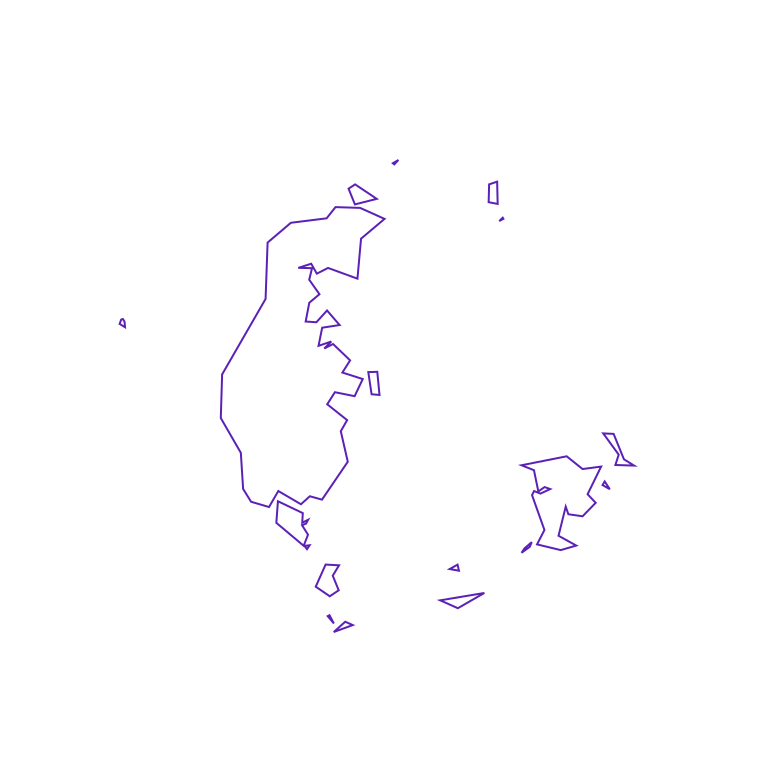 Mornington, Queensland, Australia, rotated 306°
{"feature_id": "25037944B95382354250521", "entity_name": "Mornington", "entity_type": "district", "adm_level": 2, "iso_a3": "AUS", "parent_name": "Australia", "parent_adm1": "Queensland", "projection": "mercator", "projection_center": [139.442, -16.684], "detail": "medium", "context": "isolated", "style": "outline", "palette": "violet", "viewbox_px": 768, "rotation_deg": 306, "n_neighbors": 0, "source": "geoboundaries", "source_scale": "gbopen_adm2", "svg_char_len": 1983}
<svg xmlns="http://www.w3.org/2000/svg" viewBox="0 0 768 768"><g transform="rotate(306 384 384)"><path d="M235.3,361.4L237.9,387.5L249.6,390.0L254.0,401.8L299.8,400.4L320.4,376.8L333.1,375.4L334.2,350.0L348.5,349.1L356.9,367.4L375.5,363.9L368.8,343.6L383.2,342.7L386.4,319.3L377.6,314.8L387.4,316.4L376.4,308.6L393.2,300.9L405.6,313.4L410.0,294.7L394.2,293.0L388.5,283.9L405.8,275.8L418.7,279.0L424.4,262.2L435.4,257.7L427.6,246.4L438.5,254.4L433.8,264.8L445.0,270.5L453.6,300.6L488.1,280.0L517.9,287.4L512.4,261.1L498.6,240.8L484.3,240.2L459.7,213.9L430.0,206.7L383.2,238.2L296.6,247.4L260.5,272.0L244.2,308.6L216.3,331.7L210.6,345.7L216.9,363.3L235.3,361.4ZM393.7,622.4L412.3,625.1L414.5,613.5L444.8,608.2L431.9,594.6L432.9,574.3L399.1,543.0L402.4,556.0L387.8,572.0L395.0,574.5L396.7,580.2L387.3,575.0L385.6,568.3L381.1,569.1L360.2,599.6L344.2,602.1L353.5,624.6L366.3,634.5L363.8,614.4L391.6,603.1L387.0,609.7L393.7,622.4ZM231.8,394.2L226.8,367.1L208.4,378.5L205.9,414.1L217.4,411.1L221.6,400.7L225.3,403.0L229.6,402.4L223.7,399.4L231.8,394.2ZM203.6,442.9L179.9,447.9L180.4,464.9L190.5,468.6L198.8,455.2L210.9,454.2L203.6,442.9ZM512.2,254.9L529.5,269.3L528.5,243.3L521.2,240.5L512.2,254.9ZM454.5,618.8L465.0,634.3L464.1,622.4L478.6,599.1L472.9,590.4L464.8,615.4L454.5,618.8ZM273.9,588.0L242.0,556.6L246.0,575.5L273.9,588.0ZM384.4,364.3L368.4,380.0L372.5,386.8L389.9,371.4L384.4,364.3ZM607.3,351.7L592.6,361.8L596.5,370.1L614.2,356.6L607.3,351.7ZM168.9,492.4L153.8,489.1L170.6,500.4L168.9,492.4ZM272.9,545.9L277.0,554.4L281.1,549.7L272.9,545.9ZM160.8,484.2L164.9,475.8L163.1,474.9L160.8,484.2ZM430.7,620.2L431.6,628.5L434.9,619.8L430.7,620.2ZM342.9,596.5L333.7,594.3L328.3,594.5L337.9,597.6L342.9,596.5ZM209.8,418.6L206.3,414.8L205.1,418.8L209.8,418.6ZM281.7,133.5L277.2,134.8L277.7,141.1L281.9,137.5L283.1,134.6L281.7,133.5ZM583.6,381.5L587.8,383.5L588.3,382.3L583.6,381.5ZM567.7,263.2L573.7,264.0L567.8,261.4L567.7,263.2Z" fill="none" stroke="#5b21b6" stroke-width="2"/></g></svg>